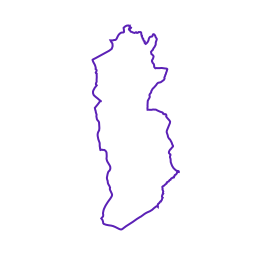 the district of Dairi, Sumatera Utara, Indonesia, rotated 50°
{"feature_id": "22746128B7455670127099", "entity_name": "Dairi", "entity_type": "district", "adm_level": 2, "iso_a3": "IDN", "parent_name": "Indonesia", "parent_adm1": "Sumatera Utara", "projection": "robinson", "projection_center": [98.276, 2.835], "detail": "fine", "context": "isolated", "style": "outline", "palette": "violet", "viewbox_px": 256, "rotation_deg": 50, "n_neighbors": 0, "source": "geoboundaries", "source_scale": "gbopen_adm2", "svg_char_len": 5653}
<svg xmlns="http://www.w3.org/2000/svg" viewBox="0 0 256 256"><g transform="rotate(50 128 128)"><path d="M49.6,85.1L51.4,85.5L53.2,85.6L53.8,86.0L54.2,86.3L54.6,86.5L54.9,86.8L55.6,87.4L56.9,89.6L56.7,92.8L53.7,107.7L53.0,110.7L53.0,111.3L53.7,111.7L55.3,112.2L58.3,112.8L59.4,113.2L61.1,114.0L61.5,114.3L61.9,114.9L63.2,114.8L63.7,115.0L64.3,115.8L64.8,117.1L65.5,117.3L66.2,117.0L67.0,117.7L67.6,118.2L68.9,119.2L70.6,120.8L70.8,121.0L72.4,122.3L73.1,123.7L73.4,124.1L74.1,124.6L75.2,124.5L75.4,125.3L75.8,127.5L76.9,130.3L77.6,131.4L78.6,132.2L79.2,132.6L80.9,133.1L83.2,132.8L86.1,132.2L87.6,132.0L89.9,131.5L90.0,131.6L89.8,131.9L89.6,132.6L90.0,134.0L90.5,136.2L91.3,140.5L93.2,141.5L94.1,141.8L95.4,142.6L97.6,143.5L98.7,144.7L101.0,146.0L101.5,146.2L102.0,146.3L104.1,146.3L105.1,146.6L106.6,147.7L109.7,150.0L111.3,151.7L111.7,152.9L112.4,154.2L113.3,155.3L114.0,155.9L114.7,156.4L117.6,158.0L120.9,159.2L121.6,159.6L123.7,161.3L124.9,162.0L125.9,162.7L127.2,163.3L127.3,163.2L127.6,162.1L128.1,161.7L128.5,161.5L129.5,160.3L130.8,159.9L132.2,160.0L132.9,160.2L134.2,161.1L136.1,162.6L137.8,164.3L138.1,164.4L139.5,165.1L140.5,165.4L141.7,165.6L144.9,166.1L146.2,166.5L146.7,166.8L147.8,167.7L148.2,168.3L148.6,169.1L148.8,169.8L148.8,170.7L149.1,171.6L150.2,173.3L152.4,176.0L153.0,176.5L154.1,177.1L155.5,177.6L156.3,178.2L157.3,178.8L158.5,179.2L160.4,179.5L162.2,180.1L162.9,181.0L163.3,181.3L164.1,181.6L167.5,182.5L168.6,182.9L169.3,183.5L169.9,184.5L170.7,186.9L171.3,189.4L171.8,191.3L173.0,195.0L173.8,196.8L174.6,198.5L175.3,199.6L176.9,201.6L177.4,202.1L178.6,202.8L179.6,203.8L179.8,204.4L179.9,205.4L180.1,206.6L182.2,206.7L184.0,207.5L185.0,208.2L185.9,208.2L188.0,207.0L190.0,205.4L192.0,203.6L194.1,202.1L194.6,202.0L195.4,201.5L199.8,199.6L200.8,199.0L201.6,198.0L201.8,196.8L201.8,195.9L202.0,192.5L203.0,184.8L203.4,179.7L203.9,176.1L204.2,174.8L204.2,174.0L204.3,173.3L204.4,171.1L204.6,169.4L205.0,167.5L205.8,164.8L206.1,162.8L206.2,162.1L206.1,159.7L206.2,157.0L206.6,155.9L207.6,155.8L207.3,155.5L206.6,155.5L206.3,155.4L206.1,155.0L206.1,154.4L205.5,153.7L205.6,153.1L205.5,152.7L205.6,152.3L205.3,151.5L205.1,150.3L205.1,150.2L205.4,150.0L205.3,149.7L205.2,149.4L205.0,149.1L204.9,148.5L204.8,148.4L204.7,148.1L204.1,147.3L203.9,146.9L203.7,146.7L203.8,146.4L203.7,146.2L203.3,146.3L202.6,146.2L202.3,146.0L202.0,145.6L201.7,145.3L201.6,145.0L201.4,144.8L201.3,144.5L201.0,144.1L201.1,143.6L200.9,143.1L200.5,143.1L200.0,142.8L199.2,141.7L198.7,141.6L198.3,141.4L197.6,141.3L197.0,140.9L196.9,140.6L195.2,139.6L195.1,139.4L195.1,138.2L195.3,137.8L195.3,137.5L195.2,135.6L195.3,134.3L195.2,133.8L194.7,133.5L194.6,133.2L194.8,132.0L195.1,131.2L194.8,130.4L194.8,130.0L194.6,129.5L194.7,129.3L195.0,128.8L194.6,128.0L194.5,127.0L194.7,126.7L194.7,125.7L195.3,124.9L195.4,124.6L195.1,124.2L194.7,123.9L194.7,123.2L194.2,122.5L194.2,122.2L194.4,121.5L194.3,120.3L194.0,119.5L193.5,118.9L193.7,118.6L194.0,117.7L194.3,117.5L194.4,117.4L194.1,117.1L193.5,117.0L192.2,118.1L191.5,118.4L190.7,118.6L188.1,118.9L185.7,118.6L184.0,118.1L181.6,117.2L179.1,115.3L177.5,114.7L177.1,114.4L176.5,113.8L176.3,113.2L175.7,112.6L175.4,112.5L174.8,112.7L173.5,112.7L172.8,112.2L172.5,111.8L172.0,110.8L171.6,109.6L171.7,109.1L171.3,107.1L171.1,105.5L170.9,105.2L170.4,104.9L169.1,104.7L168.0,104.2L166.7,103.8L164.2,103.3L163.8,103.2L162.8,103.4L162.3,103.4L160.4,103.0L159.6,102.5L159.0,102.2L157.4,101.6L156.0,101.0L155.2,100.2L154.8,99.6L151.1,92.6L150.1,91.6L148.8,91.4L145.6,91.5L143.8,91.4L142.9,90.4L142.0,90.2L141.6,90.3L140.8,91.4L140.2,91.4L139.8,91.9L139.5,91.9L139.1,91.6L138.4,91.6L138.1,91.7L136.0,93.0L133.3,94.3L132.3,94.6L131.7,95.0L129.9,97.0L129.7,97.3L129.4,98.0L128.1,99.6L127.4,100.3L126.6,101.3L125.7,100.7L124.9,100.0L124.4,99.4L123.2,98.5L120.0,95.5L119.8,95.2L118.5,91.8L118.2,91.4L117.7,91.0L116.8,90.6L116.2,89.9L115.9,88.9L115.7,87.7L115.5,87.3L115.2,87.0L115.1,86.8L114.8,86.6L113.8,83.9L113.7,82.4L113.7,82.1L113.2,78.8L112.8,77.5L112.7,76.3L112.8,75.7L113.8,73.9L114.0,73.3L114.2,70.2L114.2,69.5L113.7,68.3L113.5,68.1L112.8,67.8L112.6,67.5L111.9,66.0L111.3,65.3L110.9,64.2L110.1,63.2L109.7,62.3L108.2,60.1L107.7,60.1L107.3,60.3L105.9,61.6L104.8,62.6L103.8,63.5L102.7,64.9L102.5,65.3L101.8,66.1L100.3,67.8L100.0,68.5L99.7,68.7L98.3,68.7L97.9,68.6L97.2,68.0L95.8,67.2L93.6,67.2L92.8,66.8L92.4,66.8L92.0,66.6L91.5,65.9L91.2,64.9L90.4,63.4L89.6,62.4L89.0,62.2L88.0,62.2L86.7,62.4L86.5,62.5L85.4,62.0L84.5,61.5L84.1,59.8L84.1,58.6L83.5,57.7L83.2,56.7L83.0,55.7L82.0,53.3L80.2,51.6L78.7,49.1L78.2,48.7L77.9,48.6L76.1,48.4L74.6,47.8L73.2,47.8L72.7,48.0L72.4,48.4L72.5,48.9L73.3,50.3L73.2,50.5L73.3,51.0L72.5,52.2L72.4,52.9L72.5,53.2L72.8,54.3L74.1,56.1L74.6,57.3L74.9,58.2L75.0,59.5L75.0,60.4L74.7,60.5L73.3,60.5L72.9,59.8L72.4,59.5L72.2,59.5L71.7,59.8L71.2,59.9L70.7,59.7L69.5,59.0L69.3,59.0L68.9,59.3L68.5,59.1L68.2,58.9L66.6,58.5L66.5,58.3L66.4,58.0L66.2,57.9L65.6,58.0L65.3,57.9L64.8,57.6L63.7,56.8L63.2,56.6L62.7,56.7L62.3,57.0L61.6,58.0L61.4,58.2L61.3,58.3L61.4,59.1L61.3,59.5L60.8,60.1L60.3,60.1L59.9,60.2L59.7,60.5L59.5,61.7L59.3,62.0L58.3,62.6L57.9,62.9L56.9,63.3L55.9,64.0L54.6,63.8L53.9,63.9L53.5,63.6L53.3,63.7L53.2,63.9L52.9,63.8L52.7,63.5L52.7,63.2L53.2,62.8L53.1,62.7L53.2,61.9L53.3,61.7L53.1,61.3L52.8,61.5L52.1,61.3L51.7,61.4L51.3,61.8L50.9,61.5L50.8,61.2L50.7,61.0L50.4,61.4L50.2,61.4L49.8,61.7L48.9,62.9L48.4,64.6L48.4,66.7L48.5,67.1L49.3,67.5L51.4,68.9L51.7,69.2L51.9,69.5L51.9,69.9L51.8,70.2L51.1,71.1L50.6,71.9L50.4,73.3L50.5,74.4L50.5,75.0L50.8,75.8L51.2,77.0L52.3,79.3L52.5,80.6L52.3,81.3L51.6,82.2L51.3,83.0L50.9,83.6L49.6,85.1Z" fill="none" stroke="#5b21b6" stroke-width="2"/></g></svg>